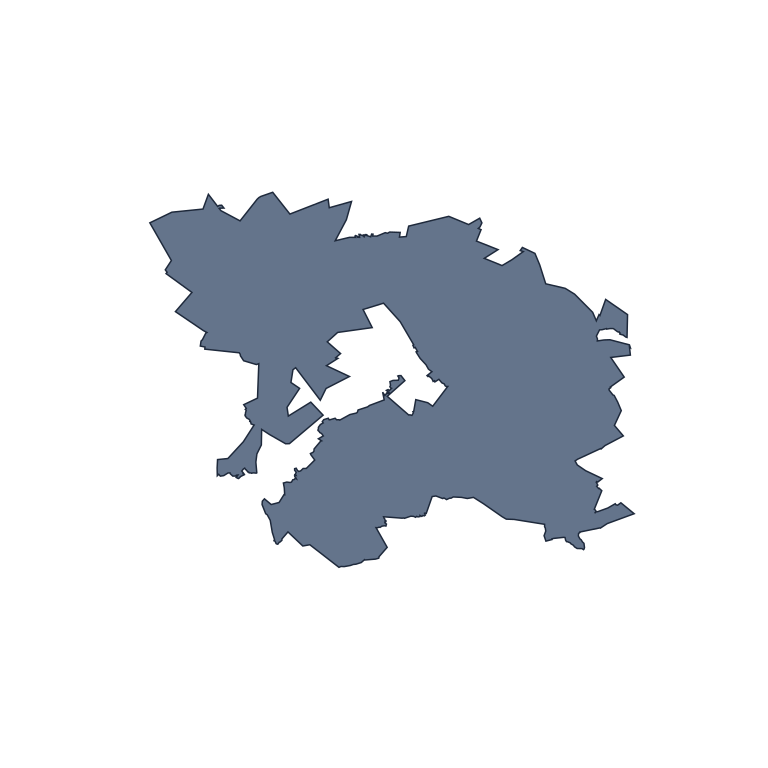 outline of Rioverde, San Luis Potosí, Mexico, rotated 297°
{"feature_id": "50627088B85408254455405", "entity_name": "Rioverde", "entity_type": "district", "adm_level": 2, "iso_a3": "MEX", "parent_name": "Mexico", "parent_adm1": "San Luis Potosí", "projection": "robinson", "projection_center": [-100.13, 21.98], "detail": "fine", "context": "isolated", "style": "filled", "palette": "slate", "viewbox_px": 768, "rotation_deg": 297, "n_neighbors": 0, "source": "geoboundaries", "source_scale": "gbopen_adm2", "svg_char_len": 6171}
<svg xmlns="http://www.w3.org/2000/svg" viewBox="0 0 768 768"><g transform="rotate(297 384 384)"><path d="M382.0,665.8L385.7,649.0L382.0,647.1L381.7,645.4L382.3,644.4L375.1,639.7L367.5,632.6L366.2,630.8L364.4,630.4L366.9,630.8L367.9,628.8L367.9,628.4L367.2,628.3L387.8,626.5L388.8,623.0L388.3,622.7L389.4,619.9L391.0,620.4L392.8,617.7L393.6,617.7L393.7,619.0L398.8,621.4L398.3,603.0L399.6,593.0L402.2,589.2L404.8,590.6L424.8,606.3L424.6,606.9L429.5,608.9L446.4,620.8L451.7,608.1L468.0,607.5L474.0,600.4L478.3,594.3L478.2,592.9L480.7,587.5L481.6,586.7L483.7,587.7L484.0,587.0L499.2,594.9L510.6,574.0L521.6,590.4L528.3,586.0L528.2,587.0L530.3,584.9L526.0,565.2L523.1,560.0L519.2,554.5L521.0,553.8L523.1,551.5L530.1,551.5L531.4,553.7L534.4,557.1L534.0,557.5L536.0,560.2L537.5,563.2L536.6,568.3L536.9,570.0L537.1,570.0L536.6,571.2L535.6,571.3L535.5,571.7L536.2,574.8L535.6,578.3L535.8,579.4L556.4,569.5L560.0,543.1L543.0,545.3L543.4,544.1L536.7,544.5L542.6,537.4L550.6,513.0L551.5,502.0L546.7,482.6L560.7,468.8L568.9,459.2L568.5,445.3L564.7,444.8L565.2,448.0L552.7,441.5L543.1,435.4L541.5,416.3L555.5,424.6L553.3,401.5L565.6,400.4L565.4,397.4L567.5,398.2L572.0,398.1L575.2,394.0L564.5,387.0L562.8,365.6L535.9,334.3L525.5,336.9L521.9,331.1L526.4,329.6L521.9,320.0L519.9,318.7L519.4,316.4L512.6,310.6L510.7,306.8L512.5,306.2L512.0,304.9L509.1,305.3L508.5,301.4L509.0,301.2L508.6,300.4L509.0,300.3L508.8,299.8L508.1,299.8L507.7,299.0L506.9,299.5L506.5,299.3L507.8,298.4L507.5,298.1L506.4,299.1L506.6,297.0L506.1,295.7L506.5,295.0L505.9,293.8L503.6,295.7L502.9,294.1L503.4,294.1L503.5,293.4L503.4,291.3L502.6,291.0L501.7,292.1L499.1,286.8L489.5,275.5L513.3,275.9L531.9,272.2L516.2,255.2L523.3,250.3L492.7,223.0L504.3,197.8L495.2,189.1L493.3,187.9L491.1,187.1L464.0,181.7L464.4,160.0L465.5,157.6L465.8,158.1L466.1,157.9L468.1,161.5L469.6,158.2L468.3,156.0L466.7,155.2L473.3,141.4L457.7,143.3L440.8,117.0L421.3,102.2L397.5,138.5L386.4,137.3L385.1,140.0L383.4,139.7L378.4,171.3L353.8,165.3L349.6,198.8L349.5,202.8L348.4,202.1L341.1,202.1L339.2,201.5L334.4,203.1L335.7,207.7L333.7,208.5L346.1,240.9L345.1,242.5L344.0,243.2L341.0,248.4L343.4,261.5L345.3,263.2L314.0,277.7L301.9,268.4L299.7,272.4L298.4,271.9L297.9,273.2L295.3,273.7L293.6,274.5L293.2,274.2L292.5,274.9L291.4,277.1L291.3,280.0L290.6,281.2L289.7,281.4L289.9,282.1L289.6,282.5L288.1,283.7L288.5,286.9L268.7,284.9L246.7,278.7L241.1,270.0L233.5,273.4L226.6,277.1L228.5,277.7L227.6,280.0L229.6,282.8L233.9,285.4L234.9,287.1L234.2,287.8L233.3,291.1L234.6,293.5L235.0,294.0L235.5,293.8L236.0,294.2L236.6,295.2L233.6,294.7L233.6,297.0L233.8,297.4L236.7,298.4L239.9,300.8L240.4,300.0L239.9,299.6L240.3,299.0L240.8,299.2L241.9,296.8L244.4,297.3L245.8,298.1L244.9,299.5L245.0,300.2L243.8,302.6L244.1,303.3L243.6,304.1L244.4,306.0L244.3,306.4L245.5,307.9L246.6,310.7L247.1,311.0L256.2,305.3L264.0,302.5L274.0,302.4L288.0,295.6L287.0,304.9L286.1,323.5L287.9,326.8L328.6,343.9L334.6,327.0L312.0,313.3L319.2,308.2L341.8,310.8L343.1,300.4L355.4,296.4L358.4,297.9L340.6,334.6L353.7,334.4L375.0,349.8L374.2,324.4L385.9,331.3L385.7,329.9L385.1,329.4L385.3,328.9L391.4,331.5L395.8,314.3L408.9,319.3L428.9,347.9L440.9,331.5L455.8,346.9L446.9,370.1L432.4,392.7L431.6,392.2L429.8,394.4L430.8,395.2L428.2,399.1L427.3,398.0L426.8,398.5L423.2,404.6L420.2,412.7L417.4,416.9L416.7,421.1L411.0,418.5L410.6,419.8L411.4,420.2L410.8,423.1L410.1,424.8L408.6,426.6L409.8,427.5L409.0,428.4L413.1,430.8L411.3,435.0L411.4,437.7L410.1,439.4L410.1,440.8L410.7,441.9L386.3,437.5L387.2,431.5L384.5,419.4L373.1,422.9L372.4,422.3L371.7,423.3L368.7,423.1L368.3,421.1L367.6,420.1L374.5,392.5L396.5,401.1L399.2,395.3L398.1,393.3L397.4,392.7L396.2,394.7L393.8,395.0L391.3,390.4L388.8,388.2L385.8,390.4L384.2,390.5L383.5,391.9L383.6,392.7L380.5,391.7L380.9,390.2L379.4,389.0L378.3,393.5L378.0,393.2L378.5,391.1L378.2,390.9L377.8,392.3L377.3,391.4L377.5,390.7L377.2,390.6L377.1,391.1L376.1,390.4L374.2,390.0L376.1,386.5L369.9,391.4L358.3,380.8L356.2,379.8L349.1,372.7L346.8,373.1L345.7,372.7L341.3,367.5L331.9,361.1L331.6,360.7L331.8,360.2L330.6,358.0L331.3,356.0L327.6,352.1L327.2,351.4L328.2,349.9L324.9,346.5L322.4,346.1L321.7,347.5L319.0,345.7L315.7,345.2L314.2,345.9L313.1,346.0L312.6,346.3L312.3,347.7L311.6,348.8L311.5,350.9L310.2,353.5L305.4,350.4L305.0,354.2L304.3,353.5L294.4,351.2L292.2,352.1L290.8,351.7L288.6,350.0L287.7,351.1L284.8,356.8L273.5,353.1L272.0,350.3L268.8,349.2L267.4,347.8L267.7,346.1L269.1,344.0L268.0,342.8L266.6,343.5L265.4,345.9L263.4,345.9L262.7,347.0L262.4,345.7L261.6,346.0L260.9,346.7L260.8,347.5L259.7,349.0L259.7,347.7L258.2,347.4L257.3,346.2L254.6,346.1L253.6,345.0L252.5,341.9L250.1,339.3L246.2,342.3L240.2,345.8L240.0,345.1L230.8,344.3L225.4,338.2L227.4,329.6L224.3,328.8L221.2,330.1L214.7,337.5L214.5,339.3L210.9,344.5L201.1,351.8L195.8,357.0L194.4,357.1L194.5,358.3L192.8,360.3L192.8,361.6L193.2,362.2L195.5,362.5L195.8,363.0L198.3,364.0L199.7,363.4L208.6,365.6L202.8,385.2L207.1,390.9L200.2,427.1L201.9,428.5L203.2,431.4L207.0,436.4L209.3,438.6L210.7,440.8L214.6,444.8L218.6,446.4L218.4,446.7L224.1,455.9L226.4,458.4L228.0,458.0L239.9,461.0L252.4,442.1L253.0,443.5L254.1,444.5L254.5,445.6L256.4,446.7L257.9,448.8L258.3,450.2L260.3,449.8L260.7,447.9L261.2,447.4L262.2,448.2L262.8,448.0L263.1,447.7L262.8,447.0L264.2,445.8L264.3,445.2L265.5,443.9L272.6,460.9L273.6,462.5L273.6,463.2L278.4,467.9L279.5,470.5L279.6,472.7L280.9,473.2L281.0,474.6L282.2,476.2L283.2,475.7L283.2,477.8L284.5,478.4L284.8,479.8L285.9,480.3L287.2,478.8L287.6,479.1L287.8,480.4L305.6,478.0L307.8,481.1L308.6,488.4L309.3,488.7L309.7,489.7L309.4,492.2L312.2,494.4L312.6,495.5L314.8,497.0L318.2,504.6L319.8,510.2L323.6,515.2L322.5,526.9L319.4,549.4L319.1,554.3L322.4,561.4L331.9,590.8L329.7,591.9L329.0,593.0L326.4,594.9L321.5,595.5L317.5,599.6L321.7,604.3L322.2,603.9L323.4,605.2L329.0,613.8L329.4,615.0L327.2,616.8L326.4,618.2L326.8,619.3L327.0,622.2L326.5,622.9L326.3,625.9L325.4,627.7L325.1,630.8L327.2,635.1L327.0,637.0L327.8,637.2L329.3,636.9L332.8,634.5L333.4,632.5L334.7,630.4L335.0,628.8L336.8,626.2L339.2,625.2L340.6,626.0L341.0,625.7L353.8,641.7L353.8,642.2L361.0,646.3L382.0,665.8Z" fill="#64748b" stroke="#1e293b" stroke-width="1.5"/></g></svg>